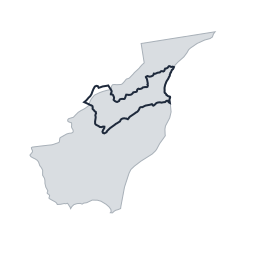 location of Souss - Massa - Draâ within Morocco, rotated 171°
{"feature_id": "MAR-1455", "entity_name": "Souss - Massa - Draâ", "entity_type": "Region", "adm_level": 1, "iso_a3": "MAR", "parent_name": "Morocco", "parent_adm1": "", "projection": "mercator", "projection_center": [-8.042, 30.523], "detail": "fine", "context": "in_parent", "style": "outline", "palette": "slate", "viewbox_px": 256, "rotation_deg": 171, "n_neighbors": 0, "source": "natural_earth", "source_scale": "10m", "svg_char_len": 5400}
<svg xmlns="http://www.w3.org/2000/svg" viewBox="0 0 256 256"><g transform="rotate(171 128 128)"><path d="M28.9,207.5L30.4,204.7L33.0,203.5L38.5,202.9L46.5,200.7L53.8,197.2L55.8,195.9L58.0,193.1L61.7,189.5L68.5,185.2L71.6,182.8L76.4,176.8L79.6,171.8L82.2,168.6L84.0,165.7L85.3,162.8L86.0,158.0L85.5,156.2L83.5,153.2L82.2,152.4L81.8,151.0L82.5,148.4L82.5,144.1L82.9,137.2L85.2,131.5L90.7,124.1L91.7,121.1L92.3,116.2L92.4,114.5L99.2,107.6L103.2,102.3L104.6,101.0L108.2,98.5L120.5,93.2L127.5,89.4L131.6,86.6L134.0,83.3L140.7,70.2L147.3,51.7L147.9,49.6L150.8,48.9L152.9,48.7L154.6,48.0L156.7,46.6L158.7,47.1L157.7,48.1L157.7,50.4L159.1,53.1L161.6,56.1L166.1,59.9L169.6,61.5L174.6,62.4L180.4,60.7L183.6,60.7L185.2,60.0L186.9,61.0L190.2,61.3L193.4,60.8L195.7,59.2L197.3,57.3L197.5,58.2L197.6,59.2L198.0,59.8L199.0,62.1L199.5,63.1L201.3,62.9L202.9,63.4L206.4,63.2L209.8,63.5L210.3,65.1L211.3,66.3L214.8,69.0L216.9,70.7L217.0,71.3L216.3,72.7L216.0,73.7L216.6,74.7L217.9,75.9L218.0,76.5L217.7,77.2L217.0,78.5L218.4,82.4L218.7,86.2L218.3,88.8L218.3,90.4L218.5,91.7L219.7,94.7L218.9,99.7L219.8,102.4L221.0,104.6L221.7,108.5L222.7,110.3L224.4,111.9L225.3,112.5L227.1,113.8L228.4,114.9L229.1,116.6L227.5,118.0L226.2,119.2L225.9,120.5L226.5,122.6L226.5,123.7L225.6,124.1L222.3,124.0L219.6,123.9L216.6,123.8L212.3,123.6L209.7,123.5L206.0,123.3L204.8,123.4L201.4,124.0L199.1,124.4L198.7,124.5L198.0,125.0L197.5,126.6L197.0,128.3L196.5,129.1L189.4,131.7L186.7,132.0L185.1,131.8L184.0,132.0L183.0,132.5L182.6,133.3L182.6,134.4L182.8,135.4L183.5,136.9L183.6,138.4L183.2,139.4L183.1,140.5L182.9,141.6L183.2,142.2L183.9,142.3L184.6,142.8L185.6,143.3L186.4,144.2L186.3,145.4L185.6,146.2L185.1,146.5L182.4,146.9L180.3,147.1L177.6,149.2L174.7,151.3L171.2,152.8L169.7,153.2L167.1,154.2L163.9,155.9L162.3,158.6L160.3,161.7L158.4,163.7L155.9,165.7L153.4,166.5L150.4,167.4L146.6,168.1L143.8,168.4L143.0,168.5L140.7,168.6L139.5,168.4L138.6,168.3L138.3,168.6L138.1,169.0L138.1,170.2L137.9,171.4L137.2,172.5L136.6,173.0L136.0,173.2L134.0,172.9L132.3,172.5L128.3,172.1L127.5,172.2L127.2,172.3L126.0,173.1L124.1,174.6L122.8,175.9L121.8,176.6L119.5,176.9L118.5,177.4L114.1,180.7L113.2,181.6L108.8,184.5L107.5,185.4L106.5,186.4L103.9,188.5L102.2,189.5L101.8,190.0L101.8,191.3L101.8,194.2L101.8,197.0L101.8,201.0L101.8,205.0L101.8,209.4L26.9,209.4L28.9,207.5Z" fill="#d9dde1" stroke="#a8b0b8" stroke-width="1"/><path d="M167.2,160.4L165.4,161.4L164.0,162.5L162.2,164.1L160.4,165.3L158.8,167.1L157.6,169.3L156.1,171.8L154.3,174.1L152.7,174.6L151.3,174.1L150.7,172.3L148.6,172.6L146.6,173.0L144.5,173.0L142.1,173.0L140.9,173.1L138.7,168.1L138.4,167.0L138.5,166.3L139.6,164.5L139.7,163.9L139.1,163.7L138.1,163.5L137.6,162.8L137.1,160.9L137.0,160.1L137.5,158.7L137.8,158.1L136.9,156.8L135.6,155.8L134.7,155.4L133.3,155.8L132.5,156.1L132.0,157.1L131.4,157.6L130.6,157.7L129.3,157.7L128.2,157.4L126.9,157.3L126.3,158.0L125.6,159.2L125.1,160.3L124.5,161.2L122.7,160.8L122.1,160.5L121.5,160.5L120.9,160.4L119.4,160.6L118.6,161.1L117.8,161.7L117.2,162.4L114.5,162.4L113.7,162.6L113.2,163.4L112.9,164.4L112.3,164.9L111.5,165.2L110.6,164.7L109.5,164.7L108.2,164.9L107.1,165.7L104.6,165.8L103.6,165.5L102.4,165.6L102.0,166.3L101.7,166.9L101.8,167.5L102.0,167.9L101.6,168.4L101.5,168.9L101.5,169.4L101.6,172.9L101.8,174.0L102.3,175.0L102.4,175.6L102.0,175.9L101.4,176.0L100.8,176.3L98.6,175.3L96.8,175.4L95.2,175.9L94.4,176.8L94.0,177.7L93.6,177.6L93.3,177.3L92.8,177.3L91.4,177.6L90.5,177.9L89.5,178.0L88.7,177.9L87.9,177.9L86.7,178.8L85.9,178.9L85.1,178.7L84.3,178.3L83.3,178.7L82.9,179.3L82.6,180.1L81.9,180.9L81.0,180.8L80.2,181.0L79.3,181.4L78.1,182.6L77.3,182.6L76.6,182.2L76.3,181.8L75.8,181.6L75.4,181.5L74.2,181.6L73.1,181.0L73.9,179.7L74.4,179.1L74.7,178.9L75.3,178.6L75.6,178.4L76.0,177.7L76.4,177.2L76.6,176.8L76.7,176.5L76.8,176.3L77.4,175.9L77.5,175.8L77.6,175.3L78.3,174.3L78.4,174.1L78.4,173.7L78.5,173.3L78.7,172.9L78.9,172.6L79.7,171.8L79.8,171.6L79.9,171.3L80.6,170.3L82.7,168.0L84.5,164.9L85.5,162.4L85.7,161.7L86.0,159.2L86.3,157.9L86.3,157.6L86.2,157.0L86.1,156.8L85.8,156.6L85.5,156.3L85.3,156.0L84.9,155.0L84.8,154.4L84.6,154.3L84.4,154.2L84.2,154.2L83.8,153.5L82.6,152.7L82.2,152.7L81.9,152.6L81.6,152.3L81.6,151.6L82.0,150.8L82.4,150.1L82.7,149.5L82.9,149.1L82.9,148.8L82.8,148.6L82.7,148.5L82.7,148.3L82.7,148.2L82.7,146.2L83.6,146.9L84.3,148.2L84.9,148.8L85.7,148.8L86.6,148.3L87.3,147.8L89.0,147.9L90.9,147.8L92.5,148.4L94.4,148.5L95.7,148.3L96.4,148.0L97.1,147.4L98.8,146.3L99.5,146.1L99.9,146.4L100.2,146.8L100.3,147.5L100.6,147.8L101.1,147.8L102.0,147.6L103.2,147.5L107.2,147.4L109.5,146.7L110.4,146.3L111.8,146.6L112.6,146.5L113.4,145.9L114.1,144.7L115.0,143.6L116.1,142.7L117.3,142.1L118.1,142.0L118.7,141.5L124.5,138.8L125.4,138.0L126.0,137.3L126.5,137.0L126.8,136.7L127.5,137.1L128.1,137.6L129.1,137.8L130.2,138.2L131.8,138.2L133.2,137.8L134.1,137.0L134.9,135.8L138.6,134.2L139.4,134.0L140.5,133.3L145.7,130.7L149.0,128.4L149.9,127.2L152.3,126.4L153.5,127.1L153.8,128.3L153.0,129.8L151.4,131.7L151.1,133.0L151.7,133.2L152.7,133.3L153.9,133.0L154.8,133.2L155.8,133.5L156.6,134.4L159.1,136.2L159.8,137.4L159.5,139.6L158.3,143.3L158.2,144.5L158.3,145.5L157.8,146.8L157.3,147.3L157.3,148.0L157.3,148.9L157.8,149.3L158.4,149.9L158.7,150.6L159.3,151.5L159.9,152.2L159.9,153.2L159.6,154.0L159.7,155.2L160.6,156.1L161.5,156.4L162.8,157.5L164.6,158.7L167.2,160.4Z" fill="none" stroke="#1e293b" stroke-width="2"/></g></svg>